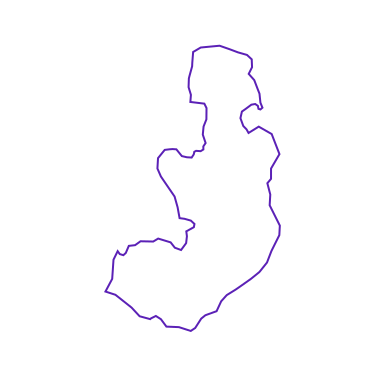 the district of Nyong-et-So, Centre, Cameroon, rotated 321°
{"feature_id": "32672807B23369878558765", "entity_name": "Nyong-et-So", "entity_type": "district", "adm_level": 2, "iso_a3": "CMR", "parent_name": "Cameroon", "parent_adm1": "Centre", "projection": "natural_earth1", "projection_center": [11.573, 3.467], "detail": "fine", "context": "isolated", "style": "outline", "palette": "violet", "viewbox_px": 384, "rotation_deg": 321, "n_neighbors": 0, "source": "geoboundaries", "source_scale": "gbopen_adm2", "svg_char_len": 1609}
<svg xmlns="http://www.w3.org/2000/svg" viewBox="0 0 384 384"><g transform="rotate(321 192 192)"><path d="M186.9,144.3L179.9,152.0L177.6,160.3L177.4,162.5L175.6,184.6L171.2,194.8L165.9,204.5L169.3,208.1L173.1,213.5L173.8,218.4L171.3,220.5L162.8,219.0L160.2,223.2L155.3,228.0L154.3,228.3L147.0,230.2L143.6,224.5L143.7,217.7L136.4,206.9L130.7,206.1L121.0,197.9L114.3,197.5L109.0,194.1L102.2,197.7L98.9,197.9L96.8,194.8L97.0,191.2L88.4,195.2L75.3,209.3L62.1,214.9L67.8,223.7L72.3,243.8L73.1,255.6L79.5,264.5L80.6,264.4L85.9,265.6L87.8,271.3L87.4,280.5L96.8,288.8L103.6,299.2L108.9,299.7L110.1,299.3L119.5,296.2L124.8,296.2L126.6,296.8L136.1,300.1L145.9,295.3L152.7,294.2L154.2,294.0L164.4,295.3L168.2,295.6L183.3,296.6L193.8,296.6L195.0,296.4L205.9,294.0L216.5,287.9L218.0,287.2L223.9,284.5L232.7,280.5L239.1,273.4L244.0,251.2L250.0,244.6L251.2,243.3L256.1,232.6L261.7,231.5L268.2,223.5L283.8,217.6L290.4,197.1L285.0,183.2L273.1,181.7L273.8,177.6L273.4,173.0L276.1,165.1L281.4,160.9L285.9,161.2L293.1,161.5L296.5,163.4L297.4,166.5L296.0,169.2L297.1,170.9L299.8,170.8L301.4,165.6L306.3,158.1L307.7,153.7L310.8,144.2L310.4,135.9L317.2,132.8L321.9,126.5L321.0,120.1L315.6,112.4L311.2,104.9L305.5,95.7L298.3,90.9L289.7,85.2L281.0,83.9L273.5,91.8L271.2,94.4L262.7,100.5L261.0,101.8L255.3,108.4L252.3,115.8L247.4,121.0L257.2,131.1L256.1,135.9L248.9,144.6L242.2,148.4L236.5,154.2L233.4,162.5L229.5,163.7L227.6,166.1L224.4,165.7L221.1,162.6L219.1,162.2L217.0,163.9L213.4,165.0L209.9,161.8L206.7,157.7L206.7,149.0L203.9,146.4L201.3,144.6L197.3,142.1L186.9,144.3Z" fill="none" stroke="#5b21b6" stroke-width="2"/></g></svg>